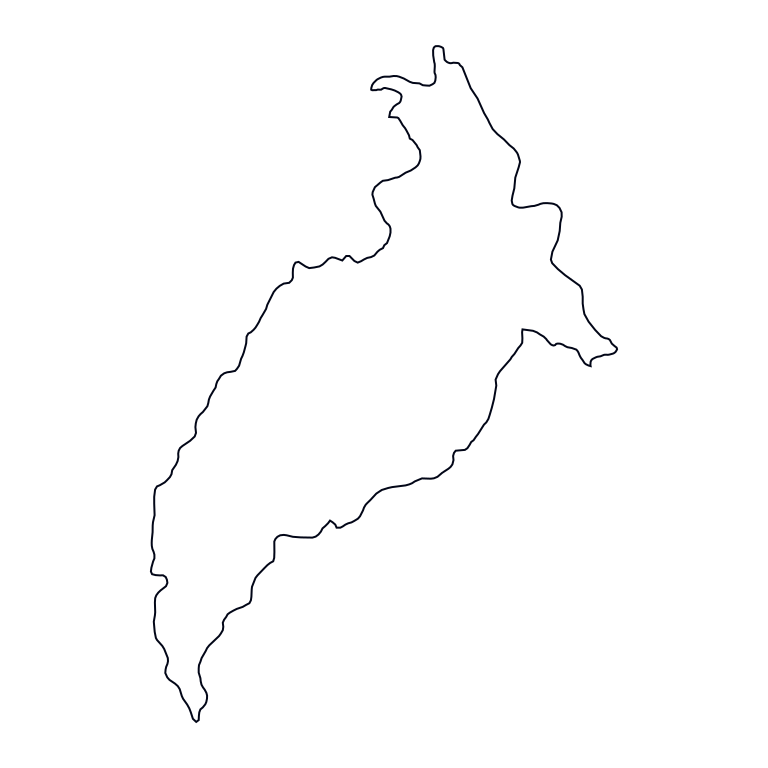 Uarini, Amazonas, Brazil
{"feature_id": "56859067B41696806475339", "entity_name": "Uarini", "entity_type": "district", "adm_level": 2, "iso_a3": "BRA", "parent_name": "Brazil", "parent_adm1": "Amazonas", "projection": "mercator", "projection_center": [-65.366, -3.206], "detail": "fine", "context": "isolated", "style": "outline", "palette": "ink", "viewbox_px": 768, "rotation_deg": 0, "n_neighbors": 0, "source": "geoboundaries", "source_scale": "gbopen_adm2", "svg_char_len": 6048}
<svg xmlns="http://www.w3.org/2000/svg" viewBox="0 0 768 768"><path d="M590.6,366.1L590.4,365.0L590.6,361.9L591.0,360.9L591.5,360.0L592.5,359.0L595.7,357.4L597.3,356.8L600.5,356.3L603.9,354.9L605.0,354.7L608.0,354.8L609.3,354.6L613.0,353.6L613.9,353.2L615.4,352.1L616.4,350.6L617.1,349.2L616.6,347.6L614.5,346.0L611.8,343.6L609.9,340.0L608.6,339.0L607.1,338.5L605.5,338.3L604.0,337.8L601.1,336.2L595.2,330.0L588.6,321.7L584.4,314.1L583.5,309.4L582.7,303.6L582.7,296.7L581.9,289.5L579.7,285.7L565.0,275.1L557.9,269.1L552.2,263.2L550.9,259.6L552.4,251.7L557.7,240.4L559.7,231.0L560.3,222.8L561.7,216.7L561.6,212.3L559.5,207.9L556.8,205.2L553.7,203.9L551.7,203.5L547.1,203.1L543.3,203.2L540.3,203.9L538.5,204.7L534.4,205.9L531.2,206.2L523.4,207.6L521.6,207.7L519.8,207.7L518.3,207.4L514.4,205.9L513.0,204.9L512.4,204.0L511.7,200.6L512.5,195.7L514.3,188.4L515.3,177.6L518.7,167.2L520.0,162.2L519.9,161.0L518.0,154.7L517.2,153.0L516.2,151.6L513.7,148.5L509.4,145.1L503.9,139.4L497.4,134.1L492.7,129.1L489.4,122.9L487.8,119.4L484.1,113.1L477.6,98.6L470.7,88.2L462.4,67.3L459.9,65.1L459.2,63.7L457.9,63.0L453.3,62.7L451.8,63.1L450.1,63.2L448.4,62.7L447.0,62.0L445.6,60.8L444.6,59.7L443.4,49.0L442.9,47.9L441.1,46.9L439.4,46.3L438.2,46.1L435.5,46.2L434.5,46.9L433.8,47.7L433.1,50.1L433.2,55.4L434.2,62.0L434.7,63.8L434.8,66.2L434.5,71.7L434.6,72.9L435.5,75.0L435.7,77.3L435.3,80.6L434.4,82.9L432.6,84.2L429.5,85.7L426.0,85.5L422.8,85.2L419.5,83.4L412.8,82.9L409.7,81.8L403.8,78.5L399.2,76.7L396.8,76.1L393.6,76.0L389.3,76.7L384.5,76.7L382.9,76.9L380.8,77.6L378.0,79.0L376.7,79.8L373.6,82.9L372.2,85.0L371.3,88.0L371.2,89.7L372.2,90.2L376.3,90.1L377.7,89.6L381.0,89.7L383.1,88.4L384.1,88.0L385.2,88.0L391.4,89.4L394.7,90.5L398.3,92.3L399.5,93.1L400.4,93.8L401.1,94.8L401.6,96.6L400.7,100.7L400.2,101.8L399.2,103.0L396.7,104.4L394.3,106.2L393.4,107.1L391.8,109.8L390.2,111.7L389.2,117.0L397.2,117.5L398.4,118.1L400.2,120.8L402.7,125.2L405.1,128.2L406.5,130.6L409.0,135.3L409.8,138.6L412.5,140.0L416.7,145.2L417.7,147.3L419.8,150.2L420.5,156.3L420.4,158.9L419.8,161.0L418.9,163.4L417.7,165.4L415.5,167.4L410.8,170.5L405.6,172.7L399.1,176.9L397.1,177.5L395.2,177.7L388.0,180.1L382.8,180.8L380.4,182.5L374.9,187.2L372.7,192.1L372.4,194.7L373.6,198.5L374.9,203.5L375.8,205.9L380.4,211.7L384.5,220.7L386.9,223.4L388.2,224.3L389.0,225.2L389.8,226.4L390.5,228.7L390.5,232.6L389.7,236.3L387.0,243.1L384.3,245.2L383.0,248.1L379.7,249.8L377.4,251.8L374.3,255.5L371.0,257.1L367.2,257.9L363.9,259.5L361.1,261.2L357.7,262.6L354.4,261.0L349.5,256.0L346.2,256.0L342.3,260.5L335.1,257.8L332.0,257.3L328.5,258.8L325.5,261.9L322.7,264.5L319.5,266.4L314.1,267.5L309.2,268.1L305.6,266.5L298.6,261.9L295.5,262.6L294.0,265.1L293.0,268.7L292.8,272.8L292.9,277.6L291.8,280.2L289.2,282.8L283.7,283.6L279.7,285.9L276.4,288.7L273.7,292.0L267.3,304.8L266.1,308.9L262.7,314.8L260.6,318.2L259.1,321.7L257.4,324.6L255.5,327.6L253.6,329.8L250.8,332.3L248.3,333.5L246.6,336.6L246.2,343.2L245.5,346.1L243.8,352.4L242.5,355.9L241.1,358.8L239.1,365.7L237.0,368.8L235.1,370.9L230.8,371.8L227.1,372.3L224.2,373.3L220.9,375.7L218.9,379.0L217.3,381.3L216.3,384.1L215.6,387.5L213.6,390.5L210.1,396.5L208.9,399.6L208.3,403.0L207.4,406.2L202.9,412.0L200.5,414.1L198.6,416.3L196.7,419.7L195.8,423.4L195.4,427.1L196.0,432.9L194.7,436.5L190.1,440.8L182.4,446.0L180.1,448.0L178.7,450.7L178.2,453.6L178.4,457.1L177.6,461.1L175.9,464.8L172.2,470.2L171.5,474.2L169.9,477.1L166.9,480.3L164.7,482.4L159.7,485.3L157.0,486.4L155.1,489.6L154.2,496.8L154.2,503.5L154.6,515.2L153.0,522.2L152.7,525.4L152.6,532.2L151.8,540.1L151.7,542.9L151.8,545.9L152.4,549.0L153.6,551.8L154.4,554.7L154.4,558.4L153.1,561.5L151.4,567.7L150.9,571.5L152.1,574.2L155.6,575.1L159.8,575.4L163.0,575.3L165.7,577.0L166.9,579.7L167.4,582.9L166.0,586.2L160.6,590.4L158.3,592.6L156.3,595.3L155.2,598.1L154.9,602.5L155.2,612.3L154.9,615.4L153.8,621.7L154.7,631.9L155.9,638.0L157.1,640.1L162.3,645.9L164.2,649.0L167.8,658.0L168.0,661.2L167.4,664.0L166.2,666.8L165.6,669.5L165.3,673.0L167.3,677.4L169.5,679.9L175.0,683.6L177.8,686.1L179.7,689.1L181.8,696.0L183.1,698.8L187.2,704.6L189.3,708.4L190.8,712.3L192.9,718.8L196.2,721.9L198.7,720.1L198.9,715.8L199.3,712.3L200.4,709.4L202.8,707.4L205.3,704.3L206.3,702.0L207.0,698.6L207.1,695.6L206.4,692.9L204.7,689.7L203.0,687.4L201.5,684.7L200.7,681.2L200.4,678.2L198.7,672.6L198.7,668.4L199.0,665.1L200.5,661.5L201.6,658.1L205.7,651.0L207.1,648.1L209.3,645.3L219.0,636.1L220.8,633.6L222.8,630.2L223.3,626.8L222.8,622.7L224.1,619.7L226.2,616.9L227.6,614.3L229.9,612.6L233.4,610.6L236.8,608.9L242.7,606.9L246.1,604.9L249.4,603.2L250.9,600.3L251.4,596.8L251.7,589.6L252.0,586.8L255.5,577.9L257.5,575.3L264.4,568.1L267.4,565.1L270.2,562.9L273.2,561.3L274.2,557.9L274.4,552.1L274.3,541.5L275.4,539.0L277.4,536.8L280.2,535.3L283.8,534.9L286.7,535.3L292.9,536.8L300.9,537.4L312.4,537.6L315.7,536.6L318.5,534.5L320.9,531.6L322.5,528.4L325.2,526.1L328.1,523.2L330.0,520.6L332.5,522.2L335.3,524.6L336.6,527.7L340.3,527.7L342.8,526.4L345.4,524.6L348.2,523.3L351.5,522.4L354.3,520.9L357.9,518.7L360.0,516.3L363.0,510.4L364.0,507.6L365.7,504.7L367.6,502.7L370.2,500.2L376.3,493.6L381.7,490.0L388.1,488.0L392.1,487.1L405.6,485.4L409.2,484.4L412.1,483.2L414.8,481.4L422.0,478.4L430.8,478.7L433.9,478.3L437.5,476.8L442.2,472.8L448.5,468.7L450.6,466.9L452.4,464.4L453.5,460.1L453.1,456.0L454.0,452.9L455.7,450.7L464.9,449.9L467.4,448.2L469.6,444.9L471.2,442.0L473.6,440.2L475.8,436.9L478.0,434.1L484.0,424.6L486.3,422.4L488.4,418.9L489.7,414.9L491.8,407.8L494.0,399.1L496.3,385.6L495.6,379.6L498.0,374.2L500.0,371.2L510.4,359.3L511.8,356.9L514.4,354.0L518.2,348.1L520.5,345.5L522.2,342.8L522.4,338.3L522.1,332.2L522.5,329.4L533.0,330.8L537.0,332.4L539.9,334.4L543.7,336.6L546.3,339.1L547.0,340.2L550.7,344.3L552.3,345.2L553.7,345.5L555.1,345.1L556.2,343.9L557.5,343.6L559.1,343.6L560.5,343.8L563.0,344.7L565.1,346.1L567.4,347.2L571.8,348.0L576.3,349.6L577.4,350.8L578.4,352.4L579.6,355.4L580.8,357.7L582.6,360.1L584.6,363.2L586.0,364.3L588.5,365.5L590.6,366.1Z" fill="none" stroke="#020617" stroke-width="2"/></svg>